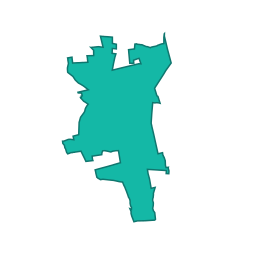 Chocholá, Yucatán, Mexico (Mercator projection), rotated 250°
{"feature_id": "50627088B77263395390231", "entity_name": "Chocholá", "entity_type": "district", "adm_level": 2, "iso_a3": "MEX", "parent_name": "Mexico", "parent_adm1": "Yucatán", "projection": "mercator", "projection_center": [-89.837, 20.727], "detail": "fine", "context": "isolated", "style": "filled", "palette": "teal", "viewbox_px": 256, "rotation_deg": 250, "n_neighbors": 0, "source": "geoboundaries", "source_scale": "gbopen_adm2", "svg_char_len": 4412}
<svg xmlns="http://www.w3.org/2000/svg" viewBox="0 0 256 256"><g transform="rotate(250 128 128)"><path d="M223.7,133.5L212.4,132.2L214.5,128.1L214.9,126.6L215.2,125.4L215.5,124.2L215.6,123.6L215.9,122.7L216.3,120.9L216.4,120.7L213.7,121.9L212.8,122.3L212.3,122.1L212.2,122.1L211.8,121.9L211.4,121.8L211.0,121.6L210.5,121.5L209.5,121.1L209.1,121.0L207.8,120.5L209.9,114.2L207.3,113.7L206.3,113.4L205.7,113.3L204.5,113.0L203.9,112.9L203.5,112.8L204.9,108.1L205.0,108.0L206.2,103.8L206.3,103.7L208.0,98.2L212.7,99.3L213.7,99.6L214.0,98.3L214.1,97.5L214.3,96.4L214.5,95.2L213.3,95.1L212.7,94.8L209.0,94.1L205.3,91.7L204.0,91.2L201.1,90.4L200.7,90.5L195.3,93.9L191.0,94.9L187.2,96.8L185.2,98.6L183.4,100.0L183.1,100.3L177.5,103.8L177.6,102.3L178.0,99.3L178.7,93.2L178.0,93.2L176.7,96.3L173.9,96.0L174.0,94.9L172.7,94.6L172.9,93.8L172.0,93.9L171.8,94.1L168.3,95.5L166.6,96.9L164.0,98.7L163.6,98.1L162.9,97.0L162.1,96.0L161.5,95.3L160.6,94.4L158.6,93.1L157.8,92.3L157.7,92.2L154.3,87.1L150.0,84.0L138.6,79.4L139.1,73.6L135.5,73.1L137.2,69.8L137.7,68.0L137.6,63.2L138.0,62.0L135.8,61.5L133.4,62.3L131.0,61.9L129.7,62.2L126.4,62.0L126.0,62.0L124.3,62.5L124.3,65.1L124.4,65.8L124.3,66.2L124.2,66.6L124.0,66.8L124.0,67.2L123.9,67.4L124.0,67.7L123.9,68.1L123.7,68.8L123.5,69.4L123.5,69.6L123.5,69.9L122.4,75.2L122.3,75.9L121.2,76.0L113.8,76.8L111.0,77.0L109.4,83.9L109.6,83.9L110.5,83.9L111.5,84.1L112.7,84.4L113.8,84.7L111.9,94.2L113.6,95.0L115.2,96.3L114.8,98.0L114.4,98.8L114.3,99.3L113.9,99.5L113.5,100.4L111.5,103.4L111.3,103.9L111.4,104.2L111.4,104.4L111.4,104.6L111.4,105.1L111.4,106.1L111.2,106.7L111.0,108.0L110.7,109.2L110.5,109.8L110.3,110.3L110.1,110.9L110.0,111.3L97.9,109.0L98.0,108.4L98.8,96.1L99.6,86.8L99.9,82.8L98.0,82.6L97.9,82.6L96.2,82.3L92.3,81.9L92.1,82.1L90.9,82.7L90.5,83.2L90.3,83.3L89.4,84.1L88.9,84.4L88.5,86.5L88.4,86.9L86.6,90.6L83.6,96.7L81.5,100.0L80.7,101.2L79.0,104.4L75.7,104.5L73.3,104.8L71.8,104.8L71.1,104.8L69.7,104.9L69.3,104.9L68.9,104.9L68.6,104.9L68.2,104.9L67.7,104.9L67.1,104.9L66.0,104.9L65.2,104.9L64.6,104.9L64.1,104.9L63.1,104.8L62.4,104.9L62.2,105.0L61.5,105.1L60.3,105.2L59.9,105.2L58.8,105.0L58.3,104.9L57.0,104.4L56.5,104.2L55.8,104.1L55.6,104.1L55.3,104.0L55.0,104.0L54.8,103.9L54.3,103.9L53.5,103.9L53.0,103.9L52.6,104.1L52.4,104.2L52.1,104.1L51.9,104.0L51.5,103.9L51.2,103.7L50.4,103.4L51.5,102.2L49.7,102.3L48.2,102.3L47.2,101.8L46.5,101.6L44.0,101.4L37.9,101.5L37.5,105.1L35.1,112.1L32.3,121.6L32.8,122.6L39.4,124.2L41.4,123.6L44.0,123.7L46.5,125.2L48.4,126.0L49.4,126.3L51.2,126.3L53.2,127.1L53.8,127.7L56.6,129.1L57.9,129.5L62.9,133.2L63.4,129.1L68.3,130.0L72.9,130.8L78.8,131.3L79.0,131.4L82.5,132.1L79.2,139.7L74.9,149.5L72.1,148.3L71.1,150.7L73.6,151.8L76.7,152.1L77.3,152.5L77.8,150.2L80.1,150.4L84.5,151.8L88.2,151.9L88.4,151.9L88.7,151.6L90.0,151.7L90.5,151.5L93.0,152.0L93.5,147.4L105.1,148.9L113.4,150.0L121.0,150.9L122.2,151.1L124.6,151.4L133.5,155.3L143.4,159.9L142.4,161.8L142.3,162.3L142.0,163.6L141.4,164.9L140.9,165.8L140.3,166.6L146.6,166.9L147.5,166.9L148.1,166.4L148.3,166.2L149.1,166.2L156.3,166.6L166.4,179.9L169.1,183.2L174.3,190.8L188.1,192.0L201.9,193.6L204.2,194.5L204.1,194.3L200.9,192.7L195.1,190.6L195.2,189.9L195.3,189.5L195.5,188.3L195.5,187.9L195.5,187.4L195.5,187.2L195.6,186.8L195.5,186.4L195.5,185.6L195.5,185.2L195.6,184.7L195.5,184.1L195.4,183.8L195.3,182.9L195.4,182.2L195.4,181.8L195.5,181.3L195.6,180.7L195.6,180.3L195.7,180.1L195.8,179.4L195.8,178.9L195.9,178.7L195.9,178.3L196.0,177.9L196.0,177.3L195.9,176.9L195.8,176.4L196.2,176.1L196.5,175.6L196.7,175.4L196.8,175.2L197.2,174.8L197.7,174.3L197.8,174.0L198.0,173.5L198.4,172.9L198.5,172.7L199.1,172.1L199.6,171.6L199.9,171.2L200.2,170.8L200.6,170.5L200.8,170.4L201.1,170.0L201.3,169.8L201.4,169.6L201.6,169.3L201.8,168.8L201.8,168.6L202.0,168.3L202.3,167.8L202.5,167.5L202.7,167.1L202.8,166.8L203.0,166.5L203.1,166.3L203.2,166.0L203.3,165.8L203.4,165.7L203.6,165.1L203.9,164.9L204.1,164.9L204.5,163.2L200.1,161.1L201.4,155.3L196.5,154.0L188.2,151.8L186.9,155.6L189.8,156.4L189.8,160.9L189.7,162.2L183.9,162.1L184.7,160.0L185.7,151.3L186.8,141.6L187.7,133.0L193.5,136.4L198.9,139.8L201.8,142.0L203.6,138.6L208.1,140.5L206.3,144.1L210.7,145.7L212.8,142.3L218.7,144.4L220.3,141.0L220.5,140.4L220.7,140.1L220.8,139.9L221.1,139.3L221.3,138.7L221.6,138.1L221.8,137.5L222.1,136.9L222.4,136.4L222.5,136.0L223.7,133.5Z" fill="#14b8a6" stroke="#0f766e" stroke-width="1.5"/></g></svg>